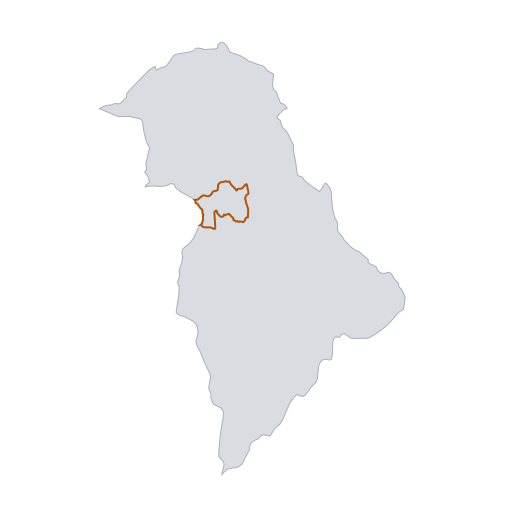 location of Kémo within Central African Republic, rotated 86°
{"feature_id": "CAF-808", "entity_name": "Kémo", "entity_type": "Prefecture", "adm_level": 1, "iso_a3": "CAF", "parent_name": "Central African Republic", "parent_adm1": "", "projection": "orthographic", "projection_center": [19.388, 5.737], "detail": "fine", "context": "in_parent", "style": "outline", "palette": "amber", "viewbox_px": 512, "rotation_deg": 86, "n_neighbors": 0, "source": "natural_earth", "source_scale": "10m", "svg_char_len": 6175}
<svg xmlns="http://www.w3.org/2000/svg" viewBox="0 0 512 512"><g transform="rotate(86 256 256)"><path d="M359.3,186.7L364.1,187.9L365.0,189.4L363.7,194.4L364.7,197.4L367.5,200.0L370.3,201.1L372.9,201.7L382.2,203.2L386.1,205.0L391.2,210.7L397.7,215.9L399.3,218.7L399.0,221.2L397.2,224.3L397.5,225.6L400.4,228.6L403.8,231.7L410.0,235.2L420.7,240.5L425.7,244.1L427.4,246.9L430.1,249.9L434.0,252.6L436.6,254.7L434.9,260.8L435.4,262.7L436.4,264.4L438.7,266.8L439.6,269.8L441.8,273.6L444.5,275.3L448.9,275.9L451.2,277.6L456.1,280.6L460.8,283.2L462.8,284.9L464.1,286.5L465.1,288.4L465.7,290.3L465.8,294.3L466.7,299.4L469.3,302.8L471.6,305.4L462.1,302.5L460.6,302.5L459.0,303.0L454.0,306.7L452.4,307.2L446.2,306.5L430.9,303.8L419.2,301.2L415.7,300.2L409.4,299.3L405.3,301.3L401.5,307.8L400.4,309.1L394.3,311.0L391.4,310.5L384.3,312.4L373.4,309.8L369.5,310.4L366.4,311.7L358.6,314.7L353.9,316.4L348.3,318.0L343.1,320.4L339.5,321.7L336.1,321.7L332.9,320.4L329.5,319.3L325.4,319.1L321.1,319.8L317.5,322.4L316.1,324.2L312.9,329.1L309.3,337.1L307.8,338.7L306.5,339.6L289.3,335.7L281.9,334.8L277.0,336.0L270.7,333.8L268.0,333.4L266.7,334.1L263.2,333.1L257.5,330.5L252.1,329.3L247.2,329.7L244.3,328.8L241.9,326.2L238.8,321.4L233.2,316.6L225.7,312.7L221.0,309.8L219.2,307.9L215.1,306.8L209.0,306.6L203.1,308.5L194.5,314.5L186.6,326.8L182.2,331.5L178.7,332.7L177.8,335.7L179.6,340.4L180.0,345.9L178.8,355.1L179.2,361.8L177.3,360.7L175.5,357.6L174.7,356.9L169.5,358.3L166.7,359.6L165.3,360.9L164.2,361.0L162.5,359.3L161.2,359.0L159.2,359.3L157.1,359.3L155.7,359.1L154.8,359.2L152.4,358.2L143.4,355.6L141.9,354.7L140.1,354.8L135.4,357.0L132.9,357.7L125.5,359.0L117.6,359.7L114.5,359.7L112.4,360.7L111.1,362.1L108.6,370.6L107.9,372.0L108.0,374.2L107.3,381.0L107.6,383.2L98.1,401.9L96.5,398.8L95.5,395.1L95.1,390.9L95.4,389.8L94.7,388.5L94.0,385.1L94.7,382.9L94.1,380.5L92.3,378.3L90.6,376.5L89.6,374.9L88.8,374.2L87.0,374.0L84.5,373.2L74.0,362.1L63.0,349.6L60.9,345.6L60.0,343.3L62.6,343.0L63.3,342.6L63.4,341.5L61.7,338.3L61.0,334.3L59.6,331.8L55.3,328.0L51.3,325.1L50.0,323.6L49.2,321.4L47.8,308.0L47.1,304.2L45.8,302.6L44.9,301.8L44.5,300.8L44.7,298.4L45.3,296.3L45.3,295.5L46.4,293.6L46.5,281.3L45.2,279.5L42.7,279.5L41.4,277.7L40.4,275.4L40.7,273.8L43.1,271.3L44.7,270.3L49.3,268.4L50.7,267.4L51.5,266.2L52.1,264.5L54.8,258.2L58.9,251.9L60.6,250.6L64.8,241.3L65.7,238.9L66.4,236.5L67.8,234.6L72.2,231.5L75.6,225.9L79.2,226.3L82.9,227.2L87.7,227.6L91.4,226.6L93.8,224.4L105.4,220.8L106.3,217.8L108.1,216.3L110.2,214.9L111.0,214.7L111.1,215.7L112.4,218.8L115.0,221.9L118.8,225.3L119.9,225.1L122.3,222.5L128.4,221.0L129.9,220.3L134.2,216.6L139.4,214.2L142.4,213.4L147.6,210.9L151.3,211.3L157.2,210.9L167.1,209.7L174.3,209.4L177.9,208.9L178.8,208.4L180.2,204.8L181.3,203.8L184.0,202.3L189.3,196.9L192.7,192.4L193.8,190.7L194.5,190.4L196.0,188.5L194.5,186.5L188.6,182.5L188.7,181.9L188.3,181.2L188.7,180.7L190.9,179.1L194.0,177.2L197.2,176.5L205.6,176.6L212.8,176.2L214.5,176.3L220.1,175.4L223.9,174.5L227.8,172.5L236.7,172.7L244.2,167.8L246.3,166.9L247.2,166.1L247.5,165.4L251.0,163.4L254.8,159.3L257.9,155.7L258.7,153.1L267.1,144.4L270.0,144.5L271.4,143.4L274.7,137.6L275.7,136.5L279.1,135.5L280.8,133.8L282.2,131.2L282.2,128.0L281.5,125.5L281.5,124.3L282.3,123.1L283.6,122.0L289.9,118.8L291.5,117.3L292.5,116.0L294.3,115.7L296.2,115.8L297.4,115.0L298.8,113.5L303.2,111.6L307.2,110.1L311.5,110.7L319.3,112.6L321.6,116.7L322.8,118.2L332.5,127.9L334.3,130.2L339.2,137.3L342.1,142.1L345.6,149.0L345.9,152.8L345.5,156.0L345.0,165.1L344.1,167.8L340.0,172.7L339.8,174.9L340.7,176.8L342.0,177.5L342.8,178.4L342.4,182.7L343.9,184.3L347.1,185.4L355.1,186.1L359.3,186.7Z" fill="#d9dde1" stroke="#a8b0b8" stroke-width="1"/><path d="M220.9,308.9L220.6,308.4L220.2,307.9L219.8,307.6L218.3,306.9L217.2,306.7L216.6,306.4L216.3,306.3L212.5,306.2L211.2,305.7L210.6,305.8L209.5,306.3L208.8,306.4L206.7,306.3L205.9,306.5L205.4,307.0L204.7,307.9L201.7,309.8L200.2,310.5L199.9,310.8L199.4,311.7L198.8,312.5L198.2,312.7L196.7,312.7L196.1,312.9L195.8,313.2L195.7,312.2L195.8,311.1L195.8,310.9L195.3,309.7L192.2,305.4L192.0,304.6L191.9,303.8L192.1,303.0L193.0,300.5L193.1,299.7L193.0,299.1L192.7,298.3L192.0,297.1L191.6,296.5L191.3,296.2L190.5,295.8L189.4,295.0L188.9,294.4L188.5,293.7L188.0,290.5L187.8,289.9L187.4,289.6L183.6,289.0L183.1,289.0L181.8,288.5L180.1,286.4L179.8,284.6L179.8,283.1L179.7,282.5L179.4,281.7L179.4,281.0L179.5,280.4L179.9,279.5L180.0,278.9L179.9,278.4L179.8,277.8L179.8,277.5L179.9,277.3L181.6,276.6L182.3,276.2L183.3,275.6L183.9,275.2L185.7,273.5L186.9,272.6L187.5,272.0L187.8,271.8L188.8,271.4L189.2,271.0L189.3,270.7L189.0,270.3L188.3,270.0L188.0,269.8L187.8,269.3L187.7,268.7L187.7,267.8L187.8,265.9L187.6,265.4L187.3,264.9L184.3,261.9L183.9,261.3L183.7,260.9L183.8,260.7L184.0,260.2L191.5,259.2L192.8,259.2L193.6,259.4L193.9,259.9L194.2,260.6L194.7,261.4L195.3,261.8L196.1,262.2L197.3,262.7L198.2,262.8L198.8,262.7L200.2,262.4L202.5,262.1L207.9,260.7L210.1,260.6L217.0,261.5L216.9,262.3L216.9,262.5L217.0,262.8L217.1,263.0L217.4,263.3L217.7,263.6L218.0,263.9L218.4,264.1L219.4,264.5L219.9,264.8L220.6,265.3L221.1,266.0L221.3,266.6L221.1,267.3L220.5,268.9L220.4,269.6L220.5,270.0L220.9,270.6L220.9,270.9L220.7,271.2L220.1,271.9L219.9,272.2L219.9,272.5L220.2,273.2L220.2,273.4L220.1,273.6L219.9,273.7L219.8,273.9L219.5,274.4L219.0,275.0L218.6,275.8L218.4,276.0L218.2,276.1L217.9,276.1L217.3,276.0L217.1,276.0L216.9,276.0L216.7,276.0L216.3,276.2L216.2,276.3L216.0,276.5L215.8,276.8L215.4,277.3L212.6,279.5L212.1,280.2L212.1,280.6L212.9,283.7L213.0,284.1L213.0,284.3L212.9,284.4L212.5,284.8L212.5,285.0L212.8,285.3L214.1,285.7L214.3,286.0L214.5,286.5L214.5,287.5L214.3,288.2L214.0,288.9L210.9,291.4L210.5,291.6L208.9,291.8L208.6,291.9L208.2,292.1L208.0,292.5L208.0,292.8L208.1,293.0L208.3,293.1L208.5,293.4L208.7,293.6L209.0,294.3L209.7,294.5L223.8,294.6L225.5,294.8L226.1,295.3L226.1,295.8L226.0,296.2L225.8,296.6L225.7,296.8L225.4,297.1L225.2,297.4L224.8,298.4L224.5,298.9L224.3,299.3L224.2,299.9L224.2,302.0L224.1,302.6L224.0,303.1L224.0,304.1L223.4,306.4L222.8,307.4L222.4,308.0L221.9,308.2L221.6,308.3L220.9,308.8L220.9,308.9Z" fill="none" stroke="#b45309" stroke-width="2"/></g></svg>